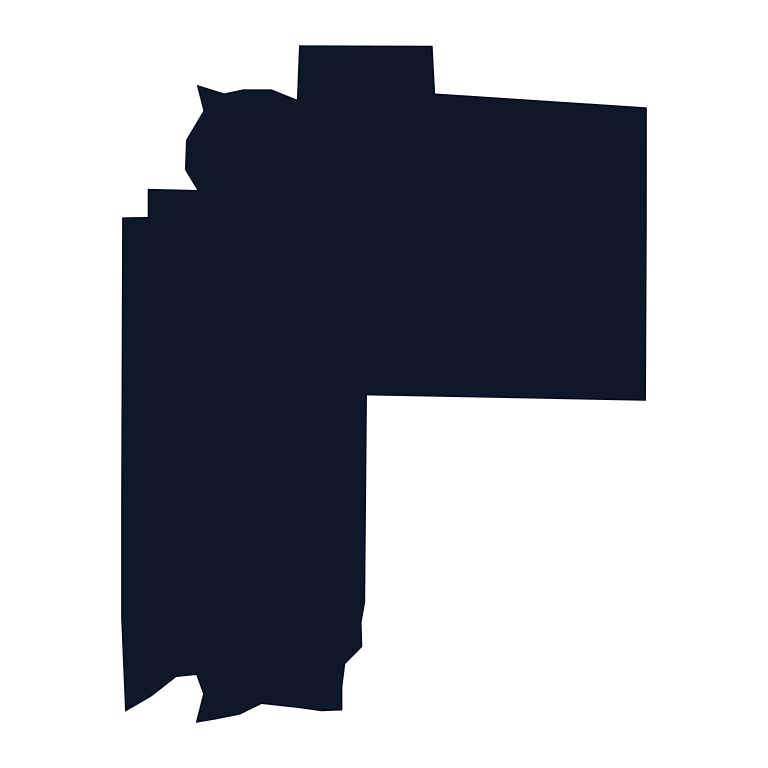 outline of Westfália, Rio Grande do Sul, Brazil
{"feature_id": "56859067B19454431419247", "entity_name": "Westfália", "entity_type": "district", "adm_level": 2, "iso_a3": "BRA", "parent_name": "Brazil", "parent_adm1": "Rio Grande do Sul", "projection": "orthographic", "projection_center": [-51.754, -29.413], "detail": "fine", "context": "isolated", "style": "filled", "palette": "ink", "viewbox_px": 768, "rotation_deg": 0, "n_neighbors": 0, "source": "geoboundaries", "source_scale": "gbopen_adm2", "svg_char_len": 604}
<svg xmlns="http://www.w3.org/2000/svg" viewBox="0 0 768 768"><path d="M431.9,46.5L299.8,46.1L297.6,100.7L271.3,90.1L243.3,90.1L224.1,94.2L197.8,86.0L204.2,110.9L186.8,140.2L185.7,169.6L198.5,190.8L148.5,189.6L148.5,217.7L122.9,218.1L121.9,507.5L121.9,594.3L121.9,617.6L125.8,710.5L151.0,695.8L175.9,676.3L196.8,674.2L203.9,693.8L196.8,721.9L215.6,718.7L239.8,713.8L261.4,703.2L301.5,707.6L321.4,710.5L341.6,709.7L341.6,687.3L344.5,663.6L361.5,646.5L360.8,622.5L364.4,601.7L366.2,394.6L645.2,400.0L646.0,228.4L646.1,108.1L434.4,94.2L431.9,46.5Z" fill="#0f172a" stroke="#020617" stroke-width="1.5"/></svg>